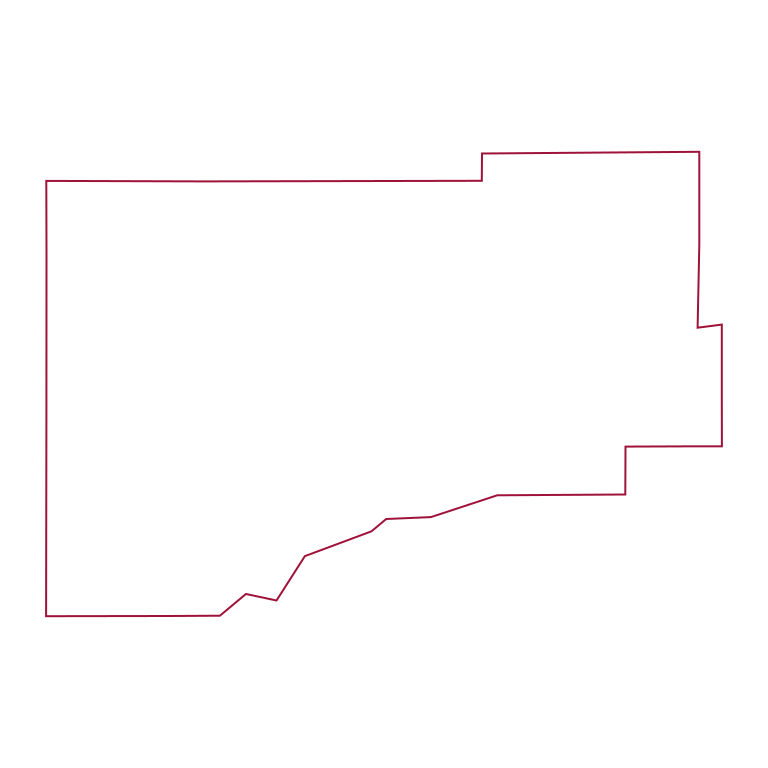 Webster, Mississippi, United States of America (Albers equal-area conic projection)
{"feature_id": "52423323B29713004064405", "entity_name": "Webster", "entity_type": "district", "adm_level": 2, "iso_a3": "USA", "parent_name": "United States of America", "parent_adm1": "Mississippi", "projection": "albers", "projection_center": [-89.248, 33.6], "detail": "fine", "context": "isolated", "style": "outline", "palette": "rose", "viewbox_px": 768, "rotation_deg": 0, "n_neighbors": 0, "source": "geoboundaries", "source_scale": "gbopen_adm2", "svg_char_len": 434}
<svg xmlns="http://www.w3.org/2000/svg" viewBox="0 0 768 768"><path d="M46.5,254.4L46.4,422.7L46.1,616.2L169.1,616.0L219.9,615.7L245.9,594.0L276.5,600.5L304.9,556.1L371.5,531.3L386.2,519.0L430.9,517.1L497.2,495.3L625.3,494.5L625.5,446.6L698.3,446.3L721.9,446.3L721.8,395.0L721.8,324.6L697.6,327.7L699.3,244.9L699.3,151.8L482.0,153.5L481.8,180.8L203.1,181.4L46.3,180.9L46.5,254.4Z" fill="none" stroke="#9f1239" stroke-width="2"/></svg>